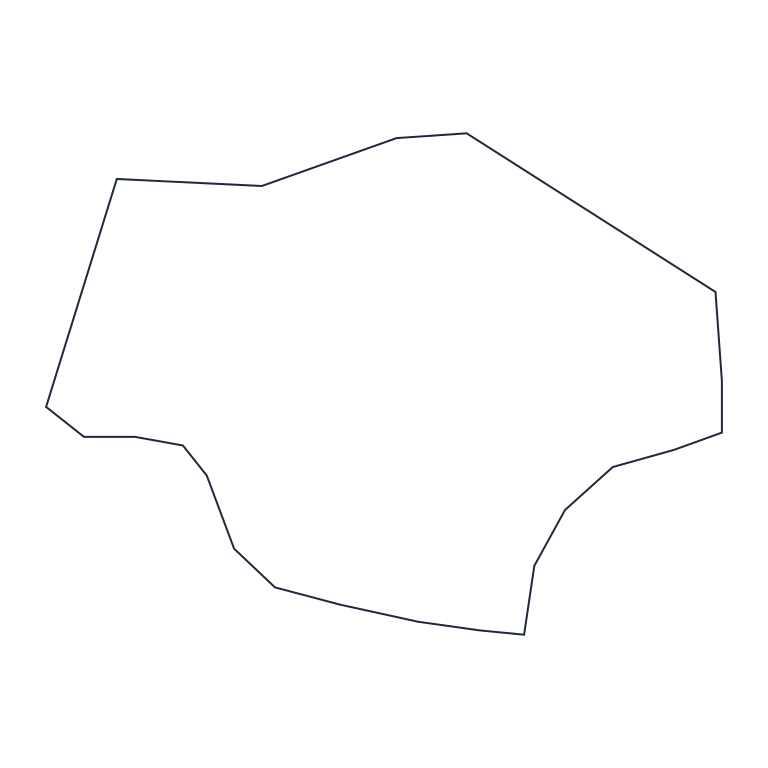 the border of Ordino
{"feature_id": "AND-4878", "entity_name": "Ordino", "entity_type": "state/province", "adm_level": 1, "iso_a3": "AND", "parent_name": "Andorra", "parent_adm1": "", "projection": "natural_earth1", "projection_center": [1.528, 42.606], "detail": "fine", "context": "isolated", "style": "outline", "palette": "slate", "viewbox_px": 768, "rotation_deg": 0, "n_neighbors": 0, "source": "natural_earth", "source_scale": "10m", "svg_char_len": 401}
<svg xmlns="http://www.w3.org/2000/svg" viewBox="0 0 768 768"><path d="M466.6,133.3L715.5,292.0L721.9,381.0L721.9,432.6L674.2,449.8L612.8,467.0L565.0,510.0L534.3,565.9L524.1,634.7L479.7,630.4L418.3,621.8L339.8,604.6L275.0,587.4L234.1,548.7L206.8,475.6L182.9,445.5L135.1,436.9L84.0,436.9L46.1,406.9L116.8,179.0L261.8,186.0L396.5,138.1L466.6,133.3Z" fill="none" stroke="#1e293b" stroke-width="2"/></svg>